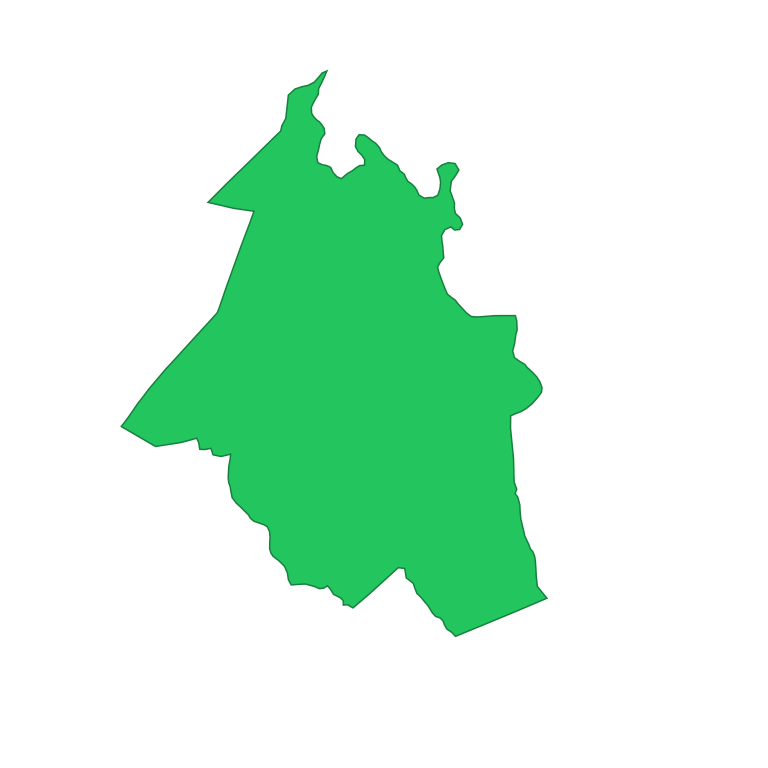 Kabete, Central, Kenya, rotated 42°
{"feature_id": "3690345B91276718043628", "entity_name": "Kabete", "entity_type": "district", "adm_level": 2, "iso_a3": "KEN", "parent_name": "Kenya", "parent_adm1": "Central", "projection": "robinson", "projection_center": [36.694, -1.21], "detail": "fine", "context": "isolated", "style": "filled", "palette": "green", "viewbox_px": 768, "rotation_deg": 42, "n_neighbors": 0, "source": "geoboundaries", "source_scale": "gbopen_adm2", "svg_char_len": 3254}
<svg xmlns="http://www.w3.org/2000/svg" viewBox="0 0 768 768"><g transform="rotate(42 384 384)"><path d="M435.8,245.3L420.7,259.0L408.8,271.5L403.7,275.5L397.5,276.0L390.1,275.3L384.9,274.8L380.9,274.0L375.7,274.6L371.0,274.8L366.7,272.9L360.7,269.9L355.3,267.1L349.8,264.1L345.5,261.2L344.4,256.3L343.9,250.1L339.6,246.3L335.5,242.3L331.2,238.8L327.4,235.2L326.0,228.5L328.5,222.5L333.5,222.3L336.8,218.6L335.6,212.8L329.8,209.7L322.9,209.4L318.7,206.4L315.4,202.4L309.3,199.0L303.9,196.2L301.4,192.6L298.4,188.3L297.8,181.7L296.5,174.9L289.3,172.6L283.7,176.5L280.5,182.4L279.5,188.8L287.4,193.2L291.1,196.3L294.8,201.2L297.7,207.7L295.8,212.5L292.8,215.2L289.6,219.0L283.4,220.2L278.5,217.9L274.3,217.0L270.4,216.9L266.0,217.4L262.3,216.2L258.5,214.5L253.1,214.9L247.5,212.3L241.1,213.5L236.6,214.3L231.6,214.2L226.5,213.2L222.8,211.4L216.9,210.7L212.4,211.3L208.1,211.4L203.0,212.0L198.7,215.4L199.3,220.7L203.8,226.6L209.2,228.6L214.5,228.8L219.5,230.1L223.1,234.5L219.8,237.9L218.6,242.0L217.7,247.0L216.0,252.0L214.9,259.9L210.2,261.5L204.6,260.9L199.4,258.7L195.2,260.0L191.6,262.3L186.6,263.8L181.6,259.8L178.4,253.4L175.8,249.0L173.2,243.7L172.6,237.7L168.7,234.2L164.6,233.0L160.7,232.4L156.8,232.8L152.7,232.4L149.0,231.2L144.8,226.9L143.0,220.9L141.3,212.7L137.8,208.2L136.1,201.9L133.9,194.9L132.1,189.6L129.9,194.3L130.2,199.7L130.2,206.4L127.7,213.0L124.0,218.1L120.5,224.3L119.6,233.3L123.0,238.0L125.6,241.6L133.3,252.3L135.3,260.5L138.0,265.2L137.3,274.7L136.6,286.4L135.9,297.3L134.3,321.5L133.0,340.6L131.7,366.8L154.8,354.0L171.8,342.6L176.5,354.1L185.9,378.2L195.1,400.6L199.8,412.2L202.4,418.5L210.8,438.2L212.4,442.6L212.4,449.8L212.3,466.6L212.2,473.0L212.1,489.1L212.0,508.6L211.8,519.0L212.6,545.0L213.6,555.8L214.0,562.6L216.3,580.3L217.2,591.4L256.0,583.3L272.6,562.9L281.1,549.6L285.6,551.6L290.8,555.8L294.9,552.4L298.4,547.6L304.3,551.0L311.3,547.0L317.0,538.8L320.1,543.1L324.1,549.5L328.0,554.3L331.0,558.0L334.7,561.3L338.1,563.0L341.5,565.8L347.1,570.0L354.1,571.4L360.0,571.4L365.3,571.7L370.6,571.9L374.6,573.2L379.3,573.0L387.9,569.3L392.6,568.1L397.3,570.0L401.9,574.1L405.1,578.2L409.3,583.0L413.3,585.4L417.0,586.3L424.0,585.7L432.0,586.0L438.7,589.1L443.9,593.4L449.5,595.4L455.9,588.7L459.5,585.2L468.0,580.9L472.9,579.3L475.8,576.1L477.0,571.8L481.2,572.3L487.3,574.1L494.4,572.1L498.8,572.3L501.7,575.5L504.6,572.5L510.8,571.1L513.7,548.9L517.5,511.0L522.8,507.2L530.3,513.2L534.6,512.8L539.2,512.6L543.5,515.0L548.5,517.6L554.7,517.8L560.7,518.8L564.7,519.2L573.0,521.7L577.8,522.2L582.3,520.3L586.5,520.6L590.0,522.5L594.9,524.1L600.6,523.2L606.0,523.7L634.5,464.1L648.4,434.2L633.4,431.8L629.7,428.5L625.9,425.1L620.3,419.5L615.1,414.4L611.6,411.5L607.3,409.2L602.9,408.5L598.9,406.3L594.0,404.3L590.4,402.8L584.9,398.9L580.7,396.0L575.8,392.6L570.3,387.5L565.8,382.9L559.2,378.6L554.8,377.7L553.0,373.4L546.2,369.7L530.0,352.6L523.4,346.6L507.8,332.4L499.4,322.9L501.6,318.0L504.2,313.1L506.2,306.6L507.3,299.4L507.2,291.0L506.6,284.8L503.9,281.0L498.2,278.0L492.6,276.5L487.1,276.0L483.1,275.9L479.2,275.9L475.5,275.2L469.1,276.5L463.2,277.1L457.6,273.4L454.1,266.7L451.1,262.3L448.7,258.7L446.8,254.8L444.0,251.9L440.4,248.3L435.8,245.3Z" fill="#22c55e" stroke="#15803d" stroke-width="1.5"/></g></svg>